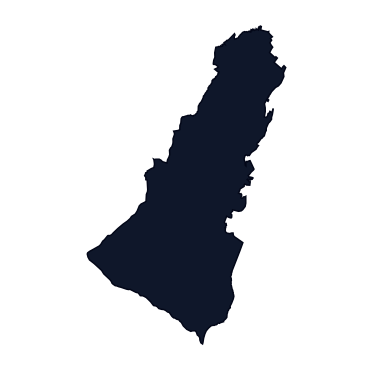 Asuaju De Sus, Maramures, Romania, rotated 260°
{"feature_id": "2599482B13284448425950", "entity_name": "Asuaju De Sus", "entity_type": "district", "adm_level": 2, "iso_a3": "ROU", "parent_name": "Romania", "parent_adm1": "Maramures", "projection": "natural_earth1", "projection_center": [23.177, 47.572], "detail": "fine", "context": "isolated", "style": "filled", "palette": "ink", "viewbox_px": 384, "rotation_deg": 260, "n_neighbors": 0, "source": "geoboundaries", "source_scale": "gbopen_adm2", "svg_char_len": 6076}
<svg xmlns="http://www.w3.org/2000/svg" viewBox="0 0 384 384"><g transform="rotate(260 192 192)"><path d="M330.4,240.6L325.2,238.6L320.7,238.0L318.0,236.3L314.9,235.3L314.0,235.3L313.5,237.2L311.1,239.4L310.4,239.4L309.8,238.4L309.0,235.7L306.1,238.1L305.6,239.4L304.5,238.9L304.5,238.5L304.0,238.1L303.4,238.1L301.7,236.4L301.4,235.5L301.0,235.6L300.7,235.0L299.8,234.7L299.8,233.9L299.2,233.5L299.4,232.6L298.9,232.0L298.4,231.9L298.4,231.4L297.9,231.0L296.2,230.8L295.6,229.9L294.7,229.6L293.2,227.2L292.0,226.5L291.6,225.8L290.0,225.9L289.2,224.5L288.3,224.0L286.9,222.3L285.3,221.2L284.5,220.0L282.8,219.4L279.4,217.0L277.5,214.7L276.5,214.3L276.3,213.8L275.7,213.6L275.5,213.2L271.3,212.3L270.4,211.8L270.0,211.1L268.8,210.7L268.2,209.4L267.2,208.4L267.3,207.6L267.0,206.8L266.6,206.4L267.5,204.5L268.1,203.9L267.8,203.4L268.1,201.1L267.8,199.6L267.8,198.4L267.5,197.5L267.6,195.6L267.0,194.9L266.0,194.1L261.8,193.0L259.7,191.7L255.5,190.8L255.0,189.0L255.1,184.5L253.2,184.9L251.8,184.8L247.6,182.5L244.7,182.1L242.9,181.6L240.0,180.0L239.0,178.6L237.1,177.1L232.7,176.6L230.3,175.3L228.1,173.6L224.9,172.3L227.0,168.1L228.6,167.1L230.0,165.4L230.6,161.9L230.4,160.9L231.1,159.9L230.2,160.1L227.0,160.0L224.6,159.6L224.1,159.1L222.7,158.9L222.1,156.0L221.1,153.4L220.4,151.5L219.1,151.3L218.9,149.7L217.8,149.3L216.3,148.2L214.4,149.1L212.1,148.7L211.7,149.8L211.2,149.9L202.1,148.8L200.2,148.3L197.6,146.7L190.8,145.1L190.1,143.6L189.0,139.8L187.5,137.7L182.7,134.7L180.1,132.3L178.4,128.2L176.6,126.5L174.5,123.2L172.4,118.7L169.0,112.8L165.4,107.4L163.9,105.5L163.3,103.6L163.7,101.8L163.5,101.3L160.2,97.5L159.1,95.6L156.1,93.0L154.9,91.2L151.3,80.8L150.2,78.7L149.1,78.1L145.9,78.3L142.9,79.3L138.7,83.1L130.5,89.4L126.7,90.9L119.9,96.0L117.9,97.0L116.1,97.4L115.0,98.2L113.1,100.1L112.7,101.4L111.3,103.7L110.7,105.2L107.8,110.5L107.0,112.4L106.9,114.1L103.2,119.0L102.5,120.3L102.1,121.5L98.9,123.1L98.3,125.7L96.1,128.6L91.1,132.2L86.9,134.4L86.0,136.8L85.0,137.9L83.0,139.1L81.8,141.5L81.1,143.9L79.8,145.6L78.1,147.1L77.2,148.8L73.3,150.5L72.0,151.4L71.1,152.3L71.0,153.1L69.7,154.5L69.1,155.3L68.9,156.2L68.1,157.1L67.0,157.5L65.4,158.9L61.6,160.2L57.7,163.0L55.0,166.6L55.2,168.2L54.9,170.5L54.4,171.4L53.1,172.0L50.3,172.4L48.8,173.7L47.2,174.3L44.6,174.1L41.9,174.6L40.5,176.0L41.7,176.6L46.1,178.1L50.0,180.0L52.8,181.9L55.1,184.6L56.9,187.5L57.1,189.5L56.8,190.6L57.1,191.8L57.1,193.0L57.4,193.7L58.2,194.4L58.3,195.4L57.9,196.4L58.8,197.9L58.4,198.6L58.7,199.3L58.8,200.6L59.6,200.6L61.2,203.1L62.5,204.5L66.1,205.4L66.7,205.9L68.5,206.5L69.1,207.3L70.0,207.7L70.4,208.2L71.4,209.6L73.0,209.7L75.5,211.6L79.6,214.1L82.0,215.1L83.7,215.1L85.4,214.9L86.1,215.2L86.7,214.8L88.1,215.0L89.4,214.6L93.2,214.5L94.0,214.2L95.2,214.7L96.9,214.8L98.0,215.4L100.2,215.6L101.9,215.2L103.4,216.2L104.6,216.7L106.3,216.6L106.3,217.5L107.3,217.7L125.9,229.0L133.3,233.3L140.8,225.8L142.2,225.2L144.5,225.3L144.7,224.0L144.5,221.8L145.4,219.4L146.4,218.3L148.3,218.0L150.0,218.5L151.0,218.2L151.1,219.0L152.8,219.4L153.1,220.1L153.5,220.1L155.1,220.1L155.3,219.0L156.6,218.6L162.1,221.9L160.4,224.3L159.7,225.9L159.8,226.3L160.3,226.7L162.6,227.2L164.1,226.3L165.7,227.7L165.8,228.5L167.4,228.9L164.9,234.5L164.9,237.2L165.8,238.9L168.5,241.8L171.6,243.0L178.4,244.2L178.0,243.2L178.2,242.6L178.1,241.5L177.5,241.1L177.1,240.5L177.4,239.4L178.3,239.3L179.6,240.2L181.0,240.4L181.9,239.9L181.7,239.5L181.8,238.9L182.8,237.6L183.3,238.1L184.5,238.6L185.0,239.2L186.1,239.5L186.9,240.3L188.5,244.3L190.2,244.7L190.6,245.4L189.4,247.0L188.7,250.1L191.9,251.1L192.2,249.9L193.4,249.4L194.6,248.4L195.0,248.9L194.0,249.8L193.6,251.4L194.5,251.8L194.0,252.8L194.2,253.6L195.1,253.7L195.0,254.3L195.5,254.4L196.2,252.9L195.9,252.4L196.0,251.9L196.6,251.9L196.7,251.5L196.3,250.8L197.0,250.5L198.1,250.6L198.6,250.3L199.3,251.5L201.4,253.8L203.0,256.3L203.8,257.0L212.8,254.6L212.8,253.9L212.4,253.4L212.7,252.7L212.1,251.8L212.6,250.9L211.5,250.1L208.3,249.6L209.0,249.1L211.5,249.3L215.4,249.0L217.9,250.1L218.6,250.7L219.2,252.0L218.1,253.1L218.3,253.8L218.0,254.8L220.6,257.3L223.0,262.4L225.0,264.1L226.2,265.5L227.4,264.1L228.1,264.2L229.0,264.9L229.5,265.6L229.3,266.0L229.9,266.2L230.1,266.8L232.6,269.3L233.0,270.5L234.2,271.8L234.7,272.9L238.6,274.8L239.5,275.7L242.2,276.3L245.2,278.3L246.6,279.3L247.8,281.0L249.7,282.9L251.8,283.3L254.4,284.6L259.2,286.3L260.2,286.4L256.9,284.8L256.8,283.1L257.6,283.2L257.9,282.7L256.2,281.7L256.2,280.8L255.9,280.4L255.1,280.3L254.6,279.8L253.7,279.6L253.1,279.0L252.9,278.3L252.5,278.1L253.4,276.3L258.5,278.1L262.2,278.7L266.4,278.7L269.8,281.4L269.5,281.5L269.1,281.3L269.0,281.6L268.1,282.6L269.3,283.5L270.5,282.7L271.4,282.7L272.7,284.3L273.3,284.5L273.4,284.2L274.4,285.6L277.0,287.8L280.5,292.5L281.5,295.5L283.9,298.5L289.7,302.5L293.4,302.7L298.3,305.9L300.4,304.5L299.4,303.1L297.6,301.6L305.4,295.4L309.1,299.3L310.6,298.1L309.8,297.2L315.8,292.6L319.1,295.1L320.6,296.6L323.0,295.4L325.5,294.6L327.7,296.8L329.5,295.9L330.4,297.0L330.9,298.1L334.8,295.4L335.3,295.2L336.7,295.4L336.6,295.1L335.9,295.0L336.6,294.4L339.6,287.8L343.5,289.2L343.0,288.7L343.5,288.3L343.4,287.8L342.8,287.7L342.7,287.2L342.9,286.8L341.5,286.7L340.4,285.8L341.2,285.6L340.3,285.2L340.9,284.7L340.8,284.1L341.6,283.5L341.3,283.4L341.0,283.6L340.5,283.0L340.6,282.4L340.3,281.4L341.2,281.2L340.8,280.9L341.3,280.4L341.2,279.9L341.7,279.7L341.2,279.1L341.4,278.7L340.9,278.8L341.1,278.4L340.2,278.4L339.6,277.9L340.3,277.6L339.9,277.2L340.3,277.0L340.3,276.7L340.0,276.6L340.4,276.3L340.3,275.3L339.7,274.1L340.1,273.9L340.5,273.2L340.3,272.0L340.8,271.5L340.3,269.4L339.0,268.1L338.7,267.1L337.2,265.8L337.1,265.2L336.4,264.9L335.8,264.4L335.0,260.7L335.9,260.4L337.5,260.5L339.2,261.6L340.5,261.3L335.6,254.6L334.9,253.3L335.3,253.0L335.2,252.5L334.3,251.4L333.6,249.5L331.8,250.0L332.4,249.3L332.0,247.4L331.3,247.8L330.8,247.2L330.3,247.2L330.3,246.2L330.8,246.2L331.1,245.8L330.3,244.9L330.6,243.7L330.4,243.4L330.6,243.1L330.4,242.9L330.3,241.8L330.5,241.0L330.4,240.6Z" fill="#0f172a" stroke="#020617" stroke-width="1.5"/></g></svg>